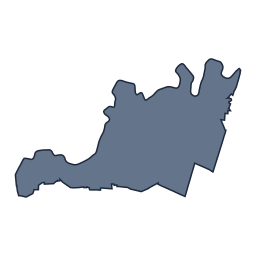 the district of Briseñas, Michoacán, Mexico
{"feature_id": "50627088B59438418700927", "entity_name": "Briseñas", "entity_type": "district", "adm_level": 2, "iso_a3": "MEX", "parent_name": "Mexico", "parent_adm1": "Michoacán", "projection": "equal_earth", "projection_center": [-102.591, 20.243], "detail": "fine", "context": "isolated", "style": "filled", "palette": "slate", "viewbox_px": 256, "rotation_deg": 0, "n_neighbors": 0, "source": "geoboundaries", "source_scale": "gbopen_adm2", "svg_char_len": 5760}
<svg xmlns="http://www.w3.org/2000/svg" viewBox="0 0 256 256"><path d="M118.0,81.0L117.3,81.7L116.8,82.4L116.2,83.5L113.6,88.3L112.7,90.1L112.3,91.3L112.3,91.8L112.3,92.4L112.5,93.0L112.9,93.5L113.8,94.6L114.5,95.6L114.9,96.3L115.2,97.0L115.4,97.7L115.6,98.8L115.6,99.3L115.4,100.0L114.9,102.1L114.8,103.0L114.6,105.4L114.6,105.9L114.4,106.4L114.2,106.9L113.7,107.2L113.1,107.2L112.4,107.0L111.9,106.8L111.2,106.6L110.0,106.5L109.4,106.6L109.0,106.7L108.5,106.9L107.7,107.6L106.4,108.6L104.5,110.1L104.1,110.6L104.0,110.9L103.8,111.2L103.7,111.6L103.9,112.3L104.1,112.9L104.5,113.6L105.1,114.4L106.5,115.4L107.2,115.9L108.0,116.5L108.8,117.5L109.2,118.1L109.4,118.6L109.5,118.9L109.5,119.2L109.4,119.7L109.2,120.3L108.9,120.8L108.6,121.2L108.1,121.6L107.6,122.0L107.1,122.3L106.7,122.6L106.3,123.0L105.9,123.4L105.6,123.9L105.4,124.1L105.1,124.7L105.0,125.0L104.9,125.6L104.8,126.4L104.6,127.7L104.3,129.2L103.9,130.5L103.7,131.1L103.5,131.8L102.6,133.7L101.2,136.2L99.9,139.3L98.9,141.9L98.5,143.5L98.0,145.6L96.8,150.2L96.4,151.5L96.0,152.6L95.5,153.3L95.1,153.8L92.7,155.5L90.2,157.7L88.9,158.7L87.6,159.5L86.2,160.3L84.5,161.2L82.9,162.0L79.5,163.6L78.3,164.1L76.9,164.5L76.0,164.8L75.1,164.7L74.1,164.7L73.0,164.5L70.8,163.9L68.7,163.2L67.0,162.2L66.4,161.6L65.8,160.8L65.4,160.1L65.0,159.0L64.8,158.2L64.5,157.4L64.0,156.6L63.3,155.8L62.8,155.4L62.2,155.2L61.7,155.0L61.0,154.9L60.2,154.9L59.0,155.0L58.0,155.1L57.1,155.3L56.2,155.5L55.6,155.6L55.0,155.6L54.4,155.3L54.0,155.0L53.5,154.6L53.2,154.1L52.8,153.4L52.5,152.8L52.2,152.1L51.8,151.5L51.4,150.9L50.9,150.5L50.5,150.2L50.0,150.0L49.6,149.9L49.0,149.8L48.3,149.9L47.5,149.9L44.4,150.0L42.9,150.0L41.0,150.3L38.9,150.6L38.2,150.8L37.5,151.0L36.9,151.2L36.3,151.6L35.9,152.0L35.6,152.3L35.3,152.7L34.9,153.9L34.5,155.6L34.1,156.6L33.8,157.5L33.4,158.1L33.0,158.6L32.5,159.0L31.7,159.4L31.0,159.4L29.6,159.0L25.5,158.3L24.1,158.4L23.0,159.9L20.1,165.5L19.1,167.2L16.6,172.1L15.4,174.7L15.4,174.8L15.7,178.4L15.9,180.0L16.4,185.6L16.7,185.5L17.4,191.1L18.7,195.7L20.9,195.8L24.1,196.6L25.9,197.0L26.9,196.7L28.8,195.6L30.3,194.9L32.4,193.8L32.9,193.4L33.3,192.1L33.8,190.6L34.1,189.7L35.8,189.7L38.4,189.7L38.5,187.2L38.5,185.3L42.2,182.7L44.0,182.5L44.3,182.5L44.3,184.1L46.9,184.0L52.3,183.7L53.5,183.7L54.8,182.5L56.5,181.2L57.4,180.6L57.4,181.1L60.1,180.7L60.0,179.3L62.6,182.1L70.5,187.6L70.9,187.6L73.6,187.8L78.7,187.6L81.4,187.2L83.8,187.0L83.9,187.6L86.6,187.6L86.7,186.9L89.3,187.9L89.6,189.8L92.2,189.9L95.0,189.9L96.7,189.8L97.7,190.0L100.5,190.1L100.5,188.3L101.0,188.0L103.0,188.1L112.0,188.8L111.5,184.0L113.8,184.1L114.1,185.3L116.8,185.0L117.0,186.5L119.6,186.6L124.8,187.2L127.6,187.4L130.3,189.0L141.2,191.6L141.8,191.4L148.4,188.5L148.6,188.4L148.6,188.0L149.5,187.6L149.9,187.3L150.0,187.3L156.5,183.8L158.1,183.0L158.0,184.2L158.2,184.3L160.6,185.5L168.3,188.9L169.5,189.5L171.7,190.4L179.4,194.0L180.5,194.5L182.7,195.4L185.0,196.5L185.9,193.6L188.1,185.8L189.8,180.2L190.6,177.5L191.3,174.9L193.8,166.6L194.7,163.2L195.6,163.6L205.3,167.8L209.8,169.9L210.5,170.4L212.3,171.6L212.6,171.6L212.8,171.8L213.0,171.2L213.2,171.3L214.7,166.4L216.1,161.9L216.2,161.7L217.4,157.8L218.3,155.0L219.2,152.1L220.1,149.2L222.0,143.1L223.2,139.2L224.0,136.3L225.0,133.5L225.9,130.3L225.1,130.0L220.9,119.7L224.5,120.2L225.1,113.4L227.8,113.7L228.0,110.5L230.4,110.7L229.0,108.4L228.7,108.3L230.5,103.9L229.1,103.1L228.9,102.5L229.1,101.6L229.6,101.7L231.4,100.4L231.5,100.1L231.1,98.8L230.0,98.5L229.8,98.2L229.7,98.1L227.5,98.1L227.8,97.9L231.2,94.0L232.8,95.3L234.2,90.8L234.8,90.1L236.3,87.0L237.4,83.0L238.3,80.1L240.2,73.0L240.2,72.4L240.0,71.4L240.6,70.9L240.6,70.3L239.6,68.8L239.2,68.5L238.3,69.2L237.0,70.3L235.9,71.3L235.2,72.2L234.1,73.5L232.7,75.1L231.7,76.2L230.7,77.2L229.8,77.8L228.9,78.1L228.2,78.3L227.0,78.3L225.9,78.0L225.0,77.7L223.5,76.8L222.9,76.4L222.2,75.7L221.7,74.9L221.3,74.3L221.2,73.5L221.3,72.9L221.7,71.4L222.5,69.5L222.7,68.8L222.9,67.8L222.9,67.0L222.8,66.2L222.6,65.5L222.3,64.7L221.7,63.6L221.3,62.9L220.7,62.3L220.2,61.9L219.3,61.5L216.9,60.8L214.5,59.9L212.4,59.1L211.7,59.0L210.5,59.0L210.0,59.2L209.4,59.4L208.7,60.0L207.9,60.8L207.0,61.7L206.4,62.4L205.9,63.1L205.3,64.4L205.2,65.0L205.2,66.2L205.2,67.7L205.0,69.2L204.5,71.5L203.4,77.0L202.6,79.1L201.5,81.4L200.7,83.9L200.1,86.2L199.6,88.6L199.1,91.3L198.8,93.0L198.5,93.8L198.0,94.6L197.6,95.3L196.7,95.8L195.8,96.0L194.5,96.1L193.5,95.7L192.4,94.9L191.7,94.5L190.9,93.1L190.7,92.2L190.6,90.7L191.0,86.1L191.0,85.2L191.1,84.1L191.3,83.2L191.5,82.7L192.3,81.7L193.0,80.3L193.3,79.2L193.5,78.6L193.6,77.9L193.5,77.0L193.3,76.3L193.1,75.9L191.5,73.9L191.0,73.2L190.3,72.5L189.7,71.7L187.4,69.0L186.5,68.0L185.8,67.1L185.2,66.3L184.7,65.5L184.2,65.0L183.7,64.5L183.2,64.1L182.8,63.9L182.3,63.8L181.9,63.7L181.3,63.9L179.4,65.1L178.2,66.2L176.5,68.3L176.1,69.2L175.7,70.2L175.6,70.6L175.7,71.2L175.8,71.7L177.6,73.7L178.7,75.2L179.5,76.6L179.9,77.6L180.2,78.6L180.3,79.6L180.2,81.1L180.0,82.4L179.8,83.5L179.4,84.9L179.0,86.0L178.4,87.0L177.6,87.7L176.8,88.1L175.8,88.1L174.7,87.9L171.4,87.0L170.1,86.8L169.1,86.7L168.2,86.7L167.0,86.9L165.7,87.3L161.0,89.0L160.0,89.3L159.1,89.7L158.1,90.2L157.3,90.8L156.4,91.7L155.3,92.9L154.4,93.9L153.5,94.9L152.6,95.7L151.1,96.8L149.9,97.5L148.7,98.2L147.9,99.0L146.7,99.8L146.1,100.1L145.7,100.2L145.3,100.1L144.7,99.3L144.3,98.5L143.2,95.7L142.6,94.2L142.1,93.3L141.6,92.8L141.0,92.7L140.3,92.8L139.7,93.2L138.5,94.0L137.6,94.5L137.0,94.7L136.5,94.6L136.1,94.1L135.6,93.2L135.3,92.2L135.2,90.9L135.1,89.4L134.9,86.5L134.8,85.5L134.5,84.9L134.1,84.2L133.7,83.9L132.9,83.6L132.1,83.4L129.1,82.8L127.5,82.4L126.3,82.1L125.3,81.8L123.9,81.3L122.4,80.8L121.2,80.5L120.2,80.4L119.4,80.4L118.7,80.6L118.0,81.0Z" fill="#64748b" stroke="#1e293b" stroke-width="1.5"/></svg>